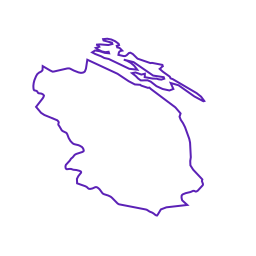 outline of Licko-Senjska, rotated 162°
{"feature_id": "HRV-1584", "entity_name": "Licko-Senjska", "entity_type": "County", "adm_level": 1, "iso_a3": "HRV", "parent_name": "Croatia", "parent_adm1": "", "projection": "natural_earth1", "projection_center": [15.249, 44.713], "detail": "fine", "context": "isolated", "style": "outline", "palette": "violet", "viewbox_px": 256, "rotation_deg": 162, "n_neighbors": 0, "source": "natural_earth", "source_scale": "10m", "svg_char_len": 3244}
<svg xmlns="http://www.w3.org/2000/svg" viewBox="0 0 256 256"><g transform="rotate(162 128 128)"><path d="M145.6,205.5L121.2,182.8L112.9,172.3L108.0,167.3L103.0,165.3L102.3,164.2L96.6,160.0L95.2,159.8L94.1,157.9L76.6,133.0L73.5,125.6L75.5,122.8L75.3,119.5L74.2,115.6L73.5,111.1L73.1,98.8L73.5,94.9L77.3,80.8L79.0,77.4L80.2,73.2L78.9,68.2L73.2,56.1L74.1,54.7L74.0,51.8L74.2,51.0L74.7,50.4L81.1,46.8L82.5,46.5L83.4,46.7L84.3,47.6L84.8,47.9L85.5,48.1L88.3,47.8L93.2,48.2L96.2,48.0L97.3,47.6L98.0,46.9L98.6,45.2L98.8,43.6L98.8,42.4L95.4,36.5L116.0,40.7L121.9,40.4L126.4,36.5L127.4,35.8L128.1,36.1L129.0,37.1L129.6,38.1L130.4,39.2L131.4,40.3L132.9,41.5L133.6,42.2L134.7,43.6L135.5,44.5L136.6,45.2L160.1,58.2L160.7,58.8L161.3,59.6L164.8,66.6L165.7,68.0L167.7,69.9L171.2,72.4L172.1,73.3L172.6,74.3L173.9,78.3L174.6,79.6L175.5,80.9L176.3,81.5L177.1,81.8L177.8,81.8L180.5,81.5L182.6,81.7L183.9,82.2L184.6,83.0L185.0,83.8L185.5,84.7L186.7,85.9L193.5,91.1L192.3,95.4L190.1,97.6L186.6,99.9L186.2,100.5L186.3,101.2L187.3,102.2L190.1,104.0L192.9,105.2L194.9,106.7L196.0,107.1L198.9,107.7L199.5,108.3L199.7,109.3L199.3,110.9L198.8,111.7L198.4,112.2L193.4,115.0L191.7,116.4L189.7,117.2L188.7,117.8L187.6,118.6L186.4,119.1L185.1,119.3L178.8,119.3L177.5,119.6L177.0,120.4L177.0,122.4L177.7,124.2L179.4,126.1L180.6,127.1L183.6,128.9L184.8,129.8L185.7,131.2L186.7,133.3L187.5,136.7L187.7,140.9L188.1,142.4L190.9,145.1L191.7,146.2L192.7,150.8L193.1,152.0L193.2,152.6L193.1,153.2L192.6,154.0L192.1,154.8L192.2,155.7L192.9,157.2L203.5,166.2L206.0,169.3L208.9,176.5L199.9,182.6L198.5,183.9L197.9,184.9L198.4,186.1L199.2,187.0L199.8,187.5L200.6,187.9L201.5,188.3L202.3,188.7L202.7,189.2L202.9,190.1L203.1,190.9L203.5,191.5L204.2,192.0L204.9,192.4L205.5,192.8L205.8,193.6L205.6,195.1L205.0,197.3L203.8,199.9L202.3,202.3L199.5,205.6L197.6,207.3L195.3,208.2L193.6,208.4L192.2,208.9L191.4,209.5L190.0,213.2L184.2,206.7L182.3,204.9L180.9,204.6L167.4,203.4L166.2,203.1L165.2,202.7L164.5,202.1L161.8,199.4L157.9,196.2L155.8,195.0L154.5,194.7L153.1,194.6L151.6,195.1L150.3,196.6L149.5,197.7L145.6,205.5L145.6,205.5ZM72.2,162.1L70.3,160.6L52.0,140.0L48.8,135.2L47.1,130.1L47.9,130.1L48.4,130.5L55.2,137.6L66.7,153.0L73.5,157.6L72.8,151.1L77.0,150.9L83.0,154.4L88.0,159.0L92.0,165.0L94.6,167.3L101.1,169.3L103.0,171.8L104.7,175.2L107.2,178.9L103.7,178.5L98.8,174.7L95.2,174.4L96.0,172.1L96.4,171.2L89.1,167.3L85.6,166.1L83.7,164.8L81.3,163.7L78.3,163.7L78.3,165.3L87.9,170.1L102.3,188.9L110.9,194.3L108.1,192.2L105.3,189.2L102.9,185.4L101.2,180.6L108.5,183.9L125.0,199.6L128.9,201.9L131.4,204.5L136.4,208.6L138.7,211.0L135.3,211.9L131.1,209.7L126.8,206.6L122.9,204.9L122.9,206.5L126.1,207.1L129.2,208.9L131.9,211.5L133.8,214.1L130.2,214.1L130.5,215.3L131.0,216.1L131.7,216.6L132.6,217.1L128.9,216.2L121.1,213.0L116.9,212.7L116.9,214.1L124.2,218.8L124.2,220.2L120.1,219.3L116.5,217.3L113.4,214.5L110.9,211.0L110.9,209.6L113.3,209.6L113.3,208.0L111.9,207.2L111.0,206.3L109.6,203.4L111.4,203.6L112.7,203.2L113.6,202.2L114.5,200.5L110.0,197.8L108.5,197.3L106.8,197.6L104.0,199.0L102.5,198.9L100.6,196.9L97.5,191.0L86.6,182.8L85.0,182.5L75.8,177.4L75.8,176.0L76.8,175.7L78.5,174.8L79.6,174.4L77.4,170.7L72.4,163.9L72.2,162.1Z" fill="none" stroke="#5b21b6" stroke-width="2"/></g></svg>